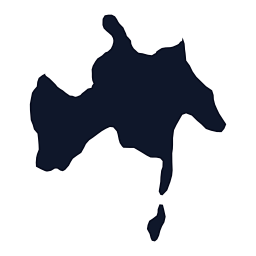 Neftchala District, Neftçala, Azerbaijan
{"feature_id": "54616110B40961788089107", "entity_name": "Neftchala District", "entity_type": "district", "adm_level": 2, "iso_a3": "AZE", "parent_name": "Azerbaijan", "parent_adm1": "Neftçala", "projection": "albers", "projection_center": [49.058, 39.291], "detail": "fine", "context": "isolated", "style": "filled", "palette": "ink", "viewbox_px": 256, "rotation_deg": 0, "n_neighbors": 0, "source": "geoboundaries", "source_scale": "gbopen_adm2", "svg_char_len": 2559}
<svg xmlns="http://www.w3.org/2000/svg" viewBox="0 0 256 256"><path d="M44.5,74.8L42.5,75.9L39.8,78.0L39.3,78.4L38.0,82.0L37.5,86.8L34.4,90.4L32.7,93.1L31.7,98.2L30.6,104.2L30.7,110.1L31.5,119.9L33.4,124.6L34.6,129.0L38.2,133.3L38.8,138.6L39.3,144.7L39.5,149.6L37.7,154.3L36.9,157.6L36.5,162.7L36.6,164.0L36.7,166.2L41.1,168.5L45.3,170.4L46.9,170.8L48.2,170.6L50.8,170.1L54.6,167.8L57.5,167.8L60.7,169.9L62.7,170.4L64.3,169.5L64.8,169.2L68.3,165.2L70.3,161.4L72.3,158.2L76.6,155.0L80.7,152.3L83.4,147.5L85.3,143.6L88.7,139.7L92.8,136.9L97.2,133.6L101.5,130.5L105.6,128.1L109.8,126.2L113.6,126.6L117.4,130.9L118.4,134.4L119.4,139.4L120.4,142.7L122.4,145.7L123.6,147.0L130.2,147.2L134.2,147.2L136.6,148.6L141.7,151.6L147.2,155.0L150.8,156.8L156.7,156.9L160.6,157.7L163.4,160.8L163.2,167.1L161.9,170.8L161.2,177.2L161.0,181.9L160.3,186.4L159.7,189.9L159.5,191.3L160.9,194.2L162.2,194.5L166.6,189.9L169.7,181.6L171.4,175.4L171.9,170.3L171.6,162.2L171.5,153.2L172.1,149.0L172.3,145.0L172.3,142.7L172.3,137.9L173.3,129.9L175.9,124.5L179.7,117.8L181.8,114.2L186.1,112.6L192.1,114.9L197.5,120.2L201.9,123.9L206.3,128.3L211.2,130.0L216.9,131.3L221.2,131.4L223.7,128.4L225.4,124.3L222.2,119.4L218.7,114.0L216.4,109.2L214.4,104.6L213.1,99.4L212.9,95.2L211.5,90.8L205.6,86.8L200.8,82.1L195.9,77.3L192.1,71.9L189.2,65.9L185.5,60.8L184.9,53.8L184.3,49.5L183.9,43.9L182.8,40.5L182.6,41.5L180.8,42.3L179.2,44.4L177.3,45.5L173.1,47.3L170.5,47.9L165.6,48.1L162.1,48.7L159.6,50.2L157.1,51.9L156.3,53.6L154.5,54.5L152.1,56.0L147.9,55.5L144.9,54.7L142.4,54.0L138.4,53.5L137.0,52.5L135.1,50.7L133.3,49.1L131.7,46.6L130.6,44.0L130.3,41.0L128.1,38.3L126.2,36.4L125.3,33.6L123.9,30.6L122.8,28.0L119.1,24.2L117.7,22.2L116.3,19.5L114.5,16.9L111.6,15.4L108.5,15.4L105.2,16.0L103.4,19.0L103.3,20.1L103.2,24.9L104.3,28.0L106.8,30.5L109.1,32.4L112.1,35.1L113.6,37.8L114.1,40.1L114.0,42.4L113.1,45.7L111.4,49.2L108.1,52.2L105.6,53.1L102.6,56.0L99.8,57.8L97.9,59.0L95.8,61.9L93.4,66.1L92.4,69.6L92.6,73.1L92.6,77.2L93.0,80.3L94.4,83.6L92.7,86.0L92.1,88.4L88.1,89.3L84.7,92.1L82.5,93.8L80.8,95.7L77.2,97.2L75.2,97.6L72.2,96.5L69.6,96.3L65.4,93.4L62.5,91.0L59.7,89.3L56.9,87.2L55.0,84.8L53.1,82.9L51.7,81.5L49.0,78.9L45.9,76.7L44.9,75.6L44.5,75.1L44.5,74.8ZM151.7,238.7L152.4,240.1L154.7,240.6L156.7,238.9L158.4,235.3L159.6,230.5L161.4,226.0L163.7,222.0L164.9,216.7L163.4,209.7L162.3,205.4L160.0,205.1L158.8,208.3L158.4,209.5L158.3,212.5L157.3,215.9L153.0,219.2L149.8,221.3L148.3,225.2L147.7,228.9L150.3,233.7L151.3,237.7L151.7,238.7Z" fill="#0f172a" stroke="#020617" stroke-width="1.5"/></svg>